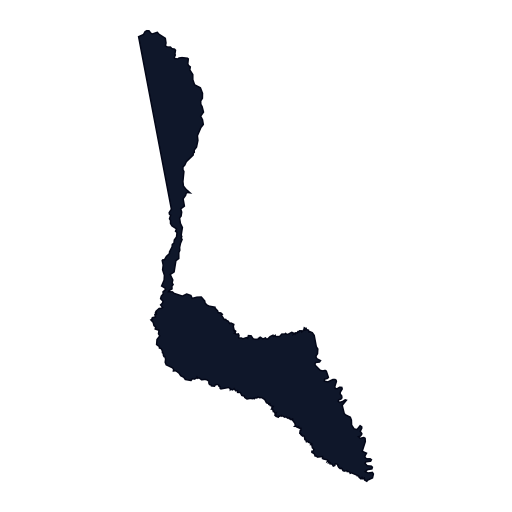 El Doncello, Caquetá, Colombia (Mercator projection)
{"feature_id": "7082276B94017431983929", "entity_name": "El Doncello", "entity_type": "district", "adm_level": 2, "iso_a3": "COL", "parent_name": "Colombia", "parent_adm1": "Caquetá", "projection": "mercator", "projection_center": [-75.148, 1.876], "detail": "fine", "context": "isolated", "style": "filled", "palette": "ink", "viewbox_px": 512, "rotation_deg": 0, "n_neighbors": 0, "source": "geoboundaries", "source_scale": "gbopen_adm2", "svg_char_len": 6083}
<svg xmlns="http://www.w3.org/2000/svg" viewBox="0 0 512 512"><path d="M157.3,32.3L152.3,34.0L150.8,33.2L149.0,30.8L146.8,30.7L145.1,31.6L143.5,34.5L138.6,36.7L171.4,209.2L169.2,212.6L169.4,214.1L170.7,215.1L169.5,218.8L170.5,220.4L170.5,223.5L172.0,225.9L176.6,228.9L175.5,231.2L176.9,232.4L176.9,233.7L176.5,237.0L174.3,240.0L174.0,243.1L172.3,244.4L172.1,246.9L169.5,251.9L169.5,253.5L166.4,256.4L164.4,259.9L162.8,259.8L162.2,260.5L163.2,265.1L162.6,269.8L164.4,275.3L164.1,280.2L161.6,286.0L165.0,288.0L165.5,289.6L163.0,291.8L163.2,294.0L161.3,296.1L160.6,298.7L163.1,301.3L162.3,303.3L160.6,304.9L162.6,307.4L161.2,308.4L159.2,308.4L156.1,311.2L155.1,313.6L156.4,312.5L156.4,314.3L154.9,314.7L155.5,317.1L152.8,317.5L152.0,318.2L152.3,319.2L150.9,319.9L153.2,322.4L154.0,325.7L155.7,326.9L155.2,329.0L159.0,330.3L158.5,333.8L159.8,335.9L157.0,339.5L156.6,344.6L159.3,346.5L159.4,348.0L161.2,348.6L162.4,350.9L162.4,352.7L163.5,353.6L163.3,354.9L164.0,356.6L164.9,356.8L165.6,359.0L165.2,362.3L166.2,364.8L172.5,367.8L173.6,369.2L173.4,371.0L175.3,370.7L176.8,371.4L179.1,373.2L180.7,375.7L183.8,377.3L185.3,379.5L191.0,380.5L192.4,378.7L194.5,379.1L196.6,378.0L197.0,377.0L197.8,378.3L199.0,377.7L201.6,379.8L205.0,379.4L207.1,379.9L209.1,381.4L208.8,382.9L209.5,384.5L211.1,384.9L211.4,385.9L214.5,386.2L215.4,384.7L217.5,384.5L218.9,385.1L218.8,386.0L219.9,386.5L220.2,388.4L220.9,388.9L228.5,387.5L230.2,388.5L230.3,389.7L230.8,389.2L232.6,389.9L234.1,388.6L235.7,390.8L237.6,390.6L237.6,392.4L240.4,392.5L241.8,395.4L244.4,396.2L244.8,397.5L247.0,399.0L250.1,398.4L252.8,398.7L253.9,398.1L254.3,398.7L255.8,397.5L256.8,398.0L258.2,396.8L259.4,397.7L261.8,397.6L264.8,399.6L266.5,402.8L268.8,403.6L268.8,404.2L269.8,403.8L270.1,405.5L272.3,406.2L272.1,406.9L273.0,406.7L271.5,409.1L272.7,409.2L273.3,411.5L274.0,411.3L274.7,412.9L276.3,412.6L275.1,414.7L275.8,415.0L275.1,415.4L276.0,416.3L278.3,417.2L279.0,416.0L279.6,416.3L281.0,415.6L281.4,416.0L281.7,415.5L284.8,417.2L286.1,416.7L287.5,418.1L288.6,417.9L289.2,418.6L289.5,418.0L291.1,419.7L292.6,419.0L292.7,420.3L294.9,423.3L295.4,425.6L294.7,426.3L296.6,426.4L296.8,427.0L298.7,427.8L298.8,427.0L300.2,428.6L300.9,428.3L301.2,430.0L300.2,430.6L299.8,433.3L301.4,434.3L301.0,434.7L302.6,436.1L303.7,435.8L304.4,436.8L304.9,439.6L305.9,440.0L306.4,441.8L308.6,441.4L308.6,442.3L311.6,443.7L310.8,444.6L311.8,444.7L312.4,447.8L314.0,449.2L312.9,451.4L311.9,451.3L311.9,452.4L314.2,453.6L315.2,456.1L316.0,455.9L317.5,457.1L322.5,456.5L322.5,458.3L323.1,458.2L323.2,458.9L327.2,459.8L327.7,460.5L327.3,461.5L328.7,460.7L329.2,461.4L328.5,462.8L330.2,462.7L330.0,463.8L332.1,464.1L333.3,466.1L334.8,465.5L335.2,463.8L336.2,463.7L338.1,465.0L337.8,465.7L338.8,467.4L340.2,468.6L341.6,468.2L343.0,470.6L344.2,471.1L346.7,470.6L347.2,471.6L348.4,471.4L349.9,472.3L350.2,473.3L351.4,472.8L356.9,475.1L357.2,475.8L358.6,475.8L359.1,477.3L361.0,478.9L362.0,477.4L362.9,478.9L364.3,478.1L364.6,480.0L366.8,481.3L367.6,480.2L372.5,477.9L373.4,474.0L372.4,472.4L368.0,473.0L365.3,471.7L367.4,469.7L371.9,468.9L372.4,467.2L371.2,466.1L367.2,465.8L364.9,463.2L366.0,461.8L370.6,461.2L371.4,459.7L370.2,458.8L366.9,458.8L365.4,458.0L364.8,456.2L366.5,453.2L362.2,451.3L365.3,441.6L365.1,438.3L363.8,437.5L360.1,438.3L358.4,436.7L360.3,436.1L361.6,434.6L361.8,433.5L360.2,431.4L361.8,428.1L361.7,426.8L360.1,425.7L357.1,429.5L354.2,429.0L351.6,425.1L351.4,420.1L350.3,417.2L345.4,414.8L344.2,413.5L342.2,405.3L346.4,400.2L345.2,399.8L342.6,401.5L339.5,402.4L338.1,401.1L338.6,399.9L340.9,399.1L341.9,397.9L341.7,395.9L340.1,393.9L340.3,392.1L342.2,389.0L341.8,387.4L339.7,387.2L337.0,388.8L335.2,388.4L334.8,386.5L336.4,381.5L336.1,380.2L335.0,379.5L332.9,379.5L327.8,381.9L324.4,381.2L324.5,379.2L327.4,378.4L328.4,377.4L326.3,371.1L325.1,370.4L322.9,370.9L320.3,370.4L315.3,365.4L314.9,363.8L315.7,362.5L319.5,362.0L320.5,360.6L317.1,358.9L316.0,357.3L316.1,355.8L317.5,353.7L317.8,349.0L316.3,346.7L314.2,335.4L312.3,332.7L310.0,331.7L309.0,331.9L308.5,330.2L306.5,329.6L306.1,328.3L305.4,328.5L304.3,327.8L304.0,329.2L304.6,330.2L303.5,330.1L301.8,331.9L301.4,330.8L299.4,330.8L298.9,331.9L297.9,331.6L297.2,332.9L295.7,332.8L295.0,334.2L294.3,333.3L293.4,334.1L293.6,333.2L291.8,332.3L288.1,334.3L286.7,334.4L285.6,333.4L284.8,334.1L281.8,334.1L279.5,336.6L275.3,336.5L275.2,335.4L273.5,336.4L273.0,335.2L270.1,336.6L267.7,339.0L266.0,338.9L265.5,337.9L262.9,339.0L260.4,337.2L259.5,337.5L259.5,338.6L258.4,338.4L258.1,339.3L254.8,339.3L253.1,338.8L251.1,335.8L248.4,335.6L247.6,338.3L246.5,337.6L242.9,338.8L241.4,338.0L239.4,338.1L238.6,337.6L239.0,335.6L238.4,333.9L236.1,334.3L235.5,333.4L234.5,333.3L235.2,332.5L234.4,331.2L235.4,331.7L235.7,331.2L234.1,330.0L233.3,326.5L233.8,324.4L230.9,323.0L229.7,323.5L228.1,321.1L226.5,320.5L225.7,319.4L224.3,319.6L221.3,315.1L222.3,314.3L220.8,312.9L218.2,312.7L217.6,310.8L215.1,308.2L215.0,307.2L209.0,306.1L206.6,304.8L204.8,302.5L204.8,301.1L201.3,297.0L196.8,297.2L192.2,298.4L190.9,295.5L186.7,294.0L182.4,296.1L173.9,293.3L172.5,291.9L168.4,291.7L169.1,290.6L172.0,288.9L171.9,286.1L173.1,284.6L172.1,282.8L172.8,280.0L170.2,274.5L174.1,271.9L175.9,260.7L178.8,258.5L178.8,252.6L179.8,250.3L179.6,247.4L180.5,243.3L182.1,239.5L181.1,237.8L181.8,236.8L181.2,235.0L182.4,227.5L180.4,223.4L179.7,218.9L179.7,217.8L181.1,216.1L181.7,212.1L180.7,208.9L184.4,206.1L183.1,198.8L185.6,195.3L186.2,193.1L187.6,192.5L190.0,192.8L186.0,189.3L183.4,186.0L182.9,181.5L183.9,171.6L182.9,169.6L183.0,166.9L184.7,165.2L186.3,161.7L193.2,155.0L193.2,153.2L194.3,152.3L194.2,150.1L196.5,147.1L197.9,140.4L197.4,135.7L200.9,127.5L203.3,124.5L202.5,119.7L200.6,116.2L203.5,112.1L202.1,106.6L200.8,104.3L200.7,100.9L202.4,98.3L202.5,93.3L200.4,87.8L194.6,84.8L192.8,79.7L192.8,74.6L189.8,69.9L190.3,66.9L188.5,65.5L187.8,63.9L188.3,58.9L187.4,58.2L182.0,57.6L179.0,58.0L177.7,59.0L174.7,58.5L174.3,57.5L175.3,55.0L174.9,54.0L175.5,50.2L174.5,49.1L171.9,48.7L170.5,47.1L167.5,47.1L165.4,45.9L166.0,43.0L165.3,38.3L158.9,34.2L157.3,32.3Z" fill="#0f172a" stroke="#020617" stroke-width="1.5"/></svg>